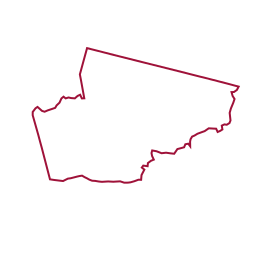 outline of Cumaru, Pernambuco, Brazil, rotated 197°
{"feature_id": "56859067B93375243581372", "entity_name": "Cumaru", "entity_type": "district", "adm_level": 2, "iso_a3": "BRA", "parent_name": "Brazil", "parent_adm1": "Pernambuco", "projection": "orthographic", "projection_center": [-35.732, -8.029], "detail": "fine", "context": "isolated", "style": "outline", "palette": "rose", "viewbox_px": 256, "rotation_deg": 197, "n_neighbors": 0, "source": "geoboundaries", "source_scale": "gbopen_adm2", "svg_char_len": 1437}
<svg xmlns="http://www.w3.org/2000/svg" viewBox="0 0 256 256"><g transform="rotate(197 128 128)"><path d="M190.5,192.4L190.1,178.1L189.7,165.2L186.8,159.7L178.5,143.6L180.8,142.8L183.5,145.8L185.6,143.9L187.5,140.8L191.1,140.0L193.8,139.8L196.3,138.1L198.8,139.1L200.3,136.8L200.9,132.2L202.9,128.7L203.5,126.0L206.1,124.1L209.9,121.4L212.5,119.2L215.2,119.2L220.7,121.7L222.2,119.8L223.8,115.5L222.9,112.4L211.8,95.2L208.5,89.9L206.8,87.2L204.7,83.9L187.6,56.1L183.5,56.7L179.0,57.5L174.6,58.3L170.7,62.0L168.1,63.2L164.5,65.4L162.4,66.7L160.3,67.9L158.0,69.0L155.1,68.3L152.5,67.9L149.8,67.3L146.9,67.1L144.0,67.8L140.2,68.3L137.2,68.9L131.3,71.1L126.4,72.3L119.9,74.7L115.6,74.6L111.9,75.8L109.7,76.8L106.3,79.0L102.9,81.6L100.3,82.3L101.3,86.9L100.2,93.0L103.2,94.2L102.4,96.5L98.1,97.2L98.7,100.3L96.4,103.4L94.1,105.3L96.8,108.3L98.2,110.9L98.3,113.6L93.9,114.1L88.5,113.7L84.4,115.5L79.9,116.2L76.3,116.9L74.6,122.3L71.5,124.2L68.7,126.0L68.4,129.2L65.8,130.6L63.2,128.7L64.6,133.0L64.9,135.5L64.2,138.5L62.2,140.2L59.9,142.8L56.1,145.7L53.8,147.4L50.7,151.3L46.2,152.4L43.5,153.1L41.1,150.4L39.0,152.2L37.3,154.2L39.0,157.7L36.9,159.6L34.5,160.0L32.4,162.4L32.2,165.2L35.2,172.2L35.3,176.7L34.7,183.0L34.6,186.9L37.3,189.2L39.5,192.6L37.2,193.4L35.0,196.2L34.3,199.9L46.1,199.5L70.6,198.4L73.6,198.2L86.0,197.6L88.5,197.5L133.3,195.2L162.9,193.7L182.5,192.8L190.5,192.4Z" fill="none" stroke="#9f1239" stroke-width="2"/></g></svg>